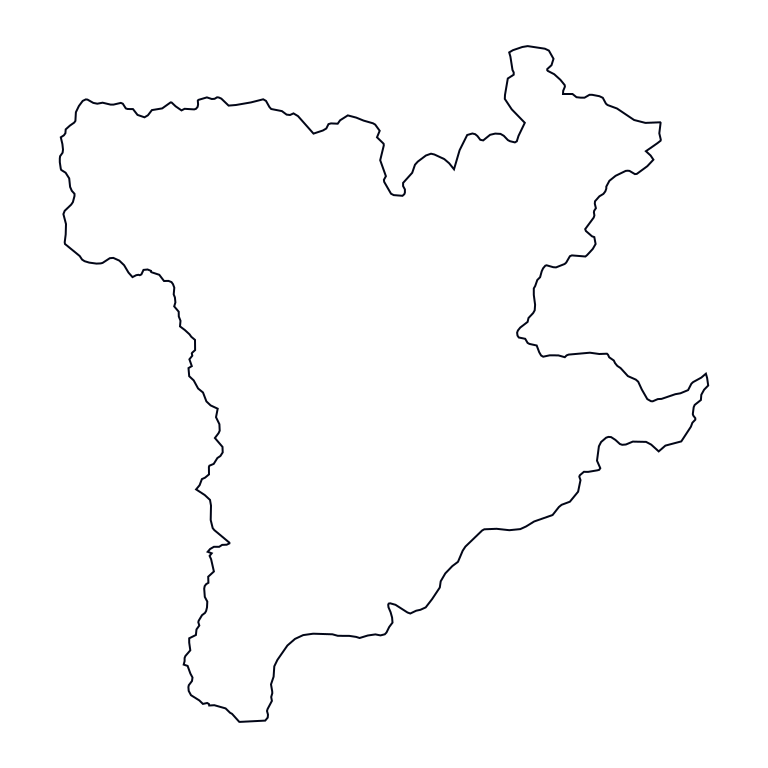 the district of Cho Moi, Bắc Kạn, Vietnam
{"feature_id": "81297802B24308322432437", "entity_name": "Cho Moi", "entity_type": "district", "adm_level": 2, "iso_a3": "VNM", "parent_name": "Vietnam", "parent_adm1": "Bắc Kạn", "projection": "mercator", "projection_center": [105.849, 21.965], "detail": "fine", "context": "isolated", "style": "outline", "palette": "ink", "viewbox_px": 768, "rotation_deg": 0, "n_neighbors": 0, "source": "geoboundaries", "source_scale": "gbopen_adm2", "svg_char_len": 6043}
<svg xmlns="http://www.w3.org/2000/svg" viewBox="0 0 768 768"><path d="M263.2,99.3L251.0,102.4L235.9,105.0L228.6,105.6L221.3,98.6L218.8,97.5L217.1,97.3L214.6,98.8L211.8,99.0L206.9,97.4L198.4,99.9L197.8,100.7L198.1,104.4L197.6,106.9L196.0,108.8L194.2,109.4L184.6,108.8L181.5,110.4L175.6,106.3L171.6,102.5L170.6,102.4L162.2,108.4L151.9,110.1L147.9,115.3L144.5,117.3L137.5,114.9L133.0,109.1L127.6,109.0L125.8,108.4L122.8,103.7L120.8,102.9L113.5,104.6L110.6,104.6L102.6,102.7L97.3,103.7L93.3,102.9L87.5,99.6L85.8,99.4L82.7,100.9L78.9,106.0L75.9,112.2L75.4,120.9L74.2,122.6L69.9,125.6L65.7,129.4L65.4,133.2L63.9,135.3L60.8,137.3L62.4,144.1L63.0,149.6L62.6,152.7L60.1,156.2L59.8,158.4L59.8,162.2L60.8,168.9L61.3,170.0L65.6,172.7L69.2,178.4L70.1,186.9L71.8,190.8L74.5,193.8L74.5,196.0L72.9,202.1L71.2,204.6L64.7,210.8L63.4,214.1L66.0,224.1L65.7,234.4L64.7,242.3L65.0,244.0L79.7,256.0L82.1,259.6L84.6,261.2L89.2,262.6L96.5,263.6L100.7,263.4L102.6,262.9L109.8,258.2L113.3,257.9L119.3,260.6L124.1,265.2L128.5,272.6L132.5,277.1L136.2,275.2L138.4,274.8L139.8,275.2L141.4,274.4L143.5,269.9L147.6,269.5L151.0,270.9L151.0,271.8L151.7,272.3L159.3,274.8L164.0,281.0L168.5,280.9L171.5,282.1L173.0,284.2L174.3,287.7L173.7,294.4L174.9,297.4L175.4,302.4L174.2,306.4L178.7,311.7L178.8,316.5L180.5,320.8L180.0,326.4L184.8,330.0L189.5,334.3L191.3,336.8L195.0,339.9L195.1,350.1L192.2,352.7L191.8,353.4L192.3,355.7L189.4,359.3L191.8,366.1L188.5,368.1L189.2,376.2L193.7,380.4L198.1,388.5L203.0,392.5L206.4,401.4L210.6,405.4L217.7,408.7L216.0,417.2L219.4,424.2L219.7,430.7L218.6,433.1L214.9,438.0L222.5,446.9L222.7,452.4L220.4,456.0L217.4,458.0L213.7,463.9L209.4,465.7L208.9,467.0L209.0,474.4L205.0,477.7L201.9,479.1L199.6,485.2L196.1,489.4L204.7,495.0L210.0,499.9L211.0,505.6L210.7,520.0L212.7,528.1L214.3,530.1L229.4,542.7L229.4,543.4L226.7,544.7L222.1,544.9L219.2,546.8L213.9,546.8L210.1,549.0L207.7,551.8L211.7,553.3L209.6,555.9L211.1,559.2L213.9,571.5L208.2,576.7L208.4,582.8L206.1,584.2L204.7,586.1L204.2,588.6L204.8,596.9L207.3,601.6L207.0,607.4L206.1,611.0L205.0,612.9L202.0,615.2L198.7,620.7L198.3,622.2L199.3,625.5L196.5,629.4L195.9,635.0L189.2,638.3L189.2,642.6L190.3,650.3L185.4,656.0L184.6,658.0L184.6,661.1L183.7,664.6L187.6,665.9L190.4,673.6L192.5,677.5L192.0,681.0L188.8,685.2L188.4,687.1L188.7,690.9L191.0,695.2L199.3,700.4L202.9,703.9L207.2,703.0L208.9,704.0L209.2,705.5L214.3,705.2L225.6,708.4L230.1,712.8L232.0,713.8L239.2,721.8L239.9,721.9L265.2,720.6L267.7,717.6L268.0,714.7L267.0,711.0L267.6,709.0L271.9,700.9L271.2,697.0L272.3,693.2L272.2,691.3L271.0,684.4L273.6,676.7L274.3,666.3L277.4,659.9L287.4,645.5L295.0,638.9L303.2,635.1L313.2,633.7L332.4,634.3L337.8,635.8L349.4,635.9L356.1,636.9L359.6,638.0L367.8,635.5L371.9,634.9L375.4,634.4L380.5,635.4L384.8,634.3L386.5,632.5L389.2,627.0L392.5,622.6L392.1,617.6L390.6,612.2L388.5,607.3L388.2,604.8L388.7,603.6L390.2,603.3L395.5,604.8L407.5,612.5L410.3,613.5L416.2,610.7L420.4,609.8L425.7,607.4L432.1,599.1L439.8,587.5L440.7,581.3L445.3,573.4L452.3,566.1L458.0,561.8L462.7,550.7L465.4,546.6L482.1,530.5L484.3,529.3L496.6,528.8L509.3,530.2L520.3,529.1L526.0,526.5L534.1,521.5L552.6,515.0L558.9,507.0L561.6,504.8L569.9,501.7L578.1,491.7L580.5,480.1L579.3,476.7L579.8,475.3L583.9,471.8L588.0,471.9L597.5,470.3L599.2,469.8L600.3,468.2L597.0,460.7L598.9,446.3L601.1,442.0L606.1,437.7L608.4,436.9L611.1,437.1L615.4,439.9L619.9,444.0L622.2,444.8L625.9,444.5L632.8,441.6L646.1,441.9L651.2,444.6L658.7,451.4L665.4,445.6L681.3,441.4L690.9,426.7L692.4,422.7L695.3,419.7L695.3,418.2L693.3,415.6L692.8,414.1L693.7,407.2L694.7,404.9L700.9,400.0L701.3,394.8L704.1,389.7L708.2,385.5L707.1,377.9L705.9,373.7L701.3,377.6L693.1,382.1L691.4,383.7L688.1,390.1L680.4,393.3L675.3,394.2L661.5,398.9L657.8,399.1L652.7,401.3L651.0,401.2L647.3,399.1L641.8,389.5L638.2,381.7L635.8,379.6L627.9,376.1L620.6,368.1L617.3,365.9L615.1,363.2L613.8,360.5L609.2,357.3L608.0,354.7L606.9,353.7L599.3,354.0L589.9,352.7L568.6,354.6L566.6,355.4L564.8,357.2L558.4,355.4L549.8,355.3L543.2,356.7L541.1,355.5L539.2,352.2L536.7,345.5L529.4,343.9L527.6,342.9L525.2,338.8L518.8,337.5L517.5,335.6L517.1,332.7L517.9,330.5L520.2,327.6L527.6,321.9L528.5,318.0L533.2,313.0L534.7,310.3L535.1,304.8L533.8,294.9L533.8,288.4L535.2,286.0L537.3,280.0L540.1,277.2L541.7,271.3L543.1,268.3L545.3,265.7L546.6,265.3L553.3,267.2L556.0,267.4L564.6,264.0L566.2,262.6L569.9,256.2L571.9,255.4L585.4,256.5L587.1,255.1L592.8,248.9L595.6,244.0L594.3,237.1L592.0,236.3L585.9,231.0L585.2,229.1L593.7,217.6L594.4,215.4L593.9,212.3L594.2,210.7L595.9,208.2L594.8,203.7L595.0,201.3L599.4,196.3L603.4,193.9L605.3,191.4L606.3,188.6L606.3,186.6L609.4,180.8L615.6,175.8L625.7,170.9L627.7,170.7L629.5,170.9L634.9,174.1L636.8,173.9L647.3,166.2L653.4,159.7L650.6,155.5L645.9,151.2L657.4,143.2L660.6,140.7L660.8,139.7L659.3,133.3L660.6,122.8L660.2,122.3L645.4,122.9L634.1,120.0L617.0,108.5L607.5,105.0L605.9,103.6L602.8,97.8L599.4,96.2L592.1,94.8L589.5,94.8L584.5,97.7L581.0,97.7L576.5,97.2L572.5,94.0L563.0,94.0L563.2,90.8L564.9,86.7L564.7,85.1L560.4,79.8L554.2,74.2L547.8,70.9L547.2,70.1L547.3,69.0L551.5,65.2L553.5,58.8L548.9,50.6L544.9,48.7L527.7,46.1L522.3,47.0L512.9,50.2L509.2,52.4L510.4,56.6L512.5,70.0L513.7,72.4L513.7,74.7L507.8,78.5L505.0,94.9L504.8,98.9L511.7,109.3L524.8,122.8L518.5,135.9L516.8,141.3L514.9,142.4L510.0,141.2L507.9,140.1L503.8,135.8L500.5,133.9L495.2,133.6L490.1,134.8L483.2,140.4L480.3,139.8L477.4,136.0L475.2,134.2L472.4,133.5L467.2,135.0L459.6,150.2L454.0,169.3L449.2,163.3L444.3,159.1L434.4,154.5L431.0,153.7L425.9,155.5L417.8,161.6L415.0,164.7L412.2,172.8L403.1,182.9L403.1,186.1L404.9,189.4L404.9,192.6L404.3,194.2L402.5,195.8L393.7,195.1L391.0,193.7L384.2,181.9L383.9,179.8L385.9,176.2L380.2,160.2L383.8,145.4L383.6,143.7L377.0,137.3L379.7,130.8L375.2,124.6L373.0,123.3L363.6,120.6L356.2,117.6L347.8,115.4L340.1,120.3L337.7,123.7L331.0,123.4L328.5,124.1L326.3,128.5L322.9,130.5L313.5,133.6L298.0,116.1L293.5,113.4L290.0,115.0L286.6,114.6L281.9,111.1L271.2,109.0L269.4,107.0L266.0,100.9L263.2,99.3Z" fill="none" stroke="#020617" stroke-width="2"/></svg>